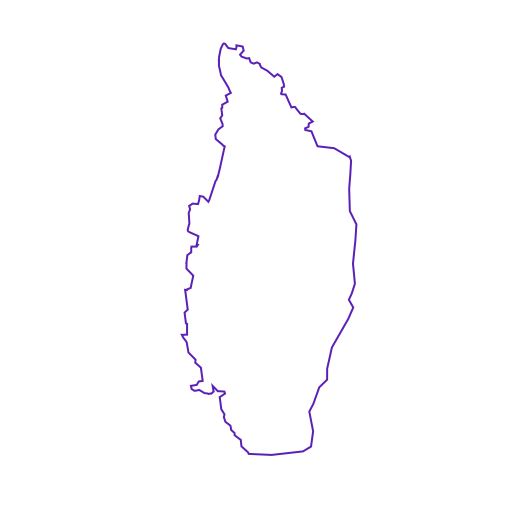 Gounwolaila, Gbapolu, Liberia, rotated 136°
{"feature_id": "62588387B55137864763124", "entity_name": "Gounwolaila", "entity_type": "district", "adm_level": 2, "iso_a3": "LBR", "parent_name": "Liberia", "parent_adm1": "Gbapolu", "projection": "equal_earth", "projection_center": [-9.957, 7.206], "detail": "fine", "context": "isolated", "style": "outline", "palette": "violet", "viewbox_px": 512, "rotation_deg": 136, "n_neighbors": 0, "source": "geoboundaries", "source_scale": "gbopen_adm2", "svg_char_len": 3307}
<svg xmlns="http://www.w3.org/2000/svg" viewBox="0 0 512 512"><g transform="rotate(136 256 256)"><path d="M228.9,148.5L221.8,151.4L219.6,160.0L213.0,162.6L204.2,167.3L199.6,173.0L191.6,183.1L189.0,185.3L177.0,195.4L174.0,197.9L168.5,202.9L161.8,209.0L157.3,223.1L142.6,239.3L141.3,240.5L131.7,249.0L121.5,258.4L119.6,262.2L120.1,262.1L124.9,279.3L126.1,280.7L135.5,292.2L135.2,293.0L129.5,307.2L133.0,312.4L132.0,313.7L128.5,312.4L126.0,314.6L121.8,313.3L121.8,314.0L122.0,316.9L122.5,324.9L123.8,325.5L125.1,327.2L125.2,328.2L124.8,332.6L124.4,336.1L125.3,337.0L126.0,337.5L127.3,338.2L127.0,339.1L125.8,342.5L122.5,351.6L124.4,353.6L125.1,354.4L125.3,355.3L123.0,356.5L122.7,356.6L120.8,358.9L120.6,359.1L118.1,358.3L117.3,359.4L116.5,360.5L113.3,367.1L114.2,371.9L115.9,372.0L117.3,372.2L118.3,372.3L118.7,376.4L119.2,381.5L121.2,387.9L120.6,390.3L119.8,391.5L120.0,392.0L120.1,392.6L120.5,393.6L120.8,394.6L124.0,395.9L125.1,398.5L125.3,399.0L123.5,403.1L125.4,404.4L126.2,406.0L127.6,408.9L127.9,409.5L127.6,411.9L122.2,412.3L120.1,415.9L121.7,418.3L123.8,421.1L124.7,420.0L125.4,419.5L126.9,418.7L130.8,423.9L131.2,424.6L131.5,425.1L130.8,430.2L131.7,431.3L132.6,431.3L137.2,429.7L144.2,424.9L144.6,424.5L147.0,422.4L146.9,422.2L150.5,418.6L152.6,415.1L155.6,410.3L156.7,405.4L158.9,396.1L159.5,394.9L160.1,393.1L160.8,390.8L162.9,391.4L166.3,392.4L167.4,390.2L169.2,386.7L175.2,388.3L177.3,386.1L178.5,386.2L182.5,380.7L185.4,380.0L186.1,379.9L187.7,375.8L187.8,375.6L188.3,374.3L189.8,372.5L195.1,373.2L201.0,371.6L201.5,370.9L203.7,368.1L203.1,362.3L202.8,359.6L202.9,358.0L202.5,357.3L202.4,356.5L203.0,356.2L222.1,343.5L223.3,342.8L228.1,339.7L228.2,340.0L231.5,338.2L232.9,338.1L240.5,334.1L251.0,328.6L252.6,328.1L252.7,334.0L252.7,335.3L254.8,338.2L256.8,336.7L257.8,335.9L261.6,333.6L265.2,337.7L266.1,337.9L266.4,337.9L269.3,338.5L270.8,335.6L270.9,335.4L274.5,333.7L281.4,325.6L284.2,324.0L286.8,322.4L287.6,321.4L287.7,320.3L287.8,320.3L287.7,320.3L284.8,313.2L284.2,311.7L283.7,310.2L290.9,305.3L290.1,304.4L292.1,303.9L295.9,307.6L297.0,306.8L300.0,303.7L304.8,304.3L309.6,300.4L311.0,299.3L310.9,299.1L314.8,295.3L314.8,285.4L321.4,281.0L325.2,278.4L325.6,278.6L328.9,279.9L329.4,279.5L330.5,280.9L334.3,275.7L341.0,266.7L341.8,265.6L342.3,264.9L346.7,264.9L352.9,256.6L353.2,256.1L352.7,255.1L358.4,249.2L360.2,247.3L362.0,248.9L363.5,250.2L364.1,250.8L365.0,248.0L365.5,243.4L365.7,242.3L366.0,241.8L371.6,233.5L371.6,230.4L371.5,223.4L373.8,221.5L373.7,220.3L373.2,214.0L374.5,212.2L380.6,203.9L381.2,203.2L384.3,205.5L386.6,204.9L388.0,204.4L388.3,204.5L391.4,206.7L393.0,207.8L394.7,205.0L393.9,201.8L392.5,200.7L389.9,199.1L389.7,198.3L388.2,192.9L386.5,191.0L385.8,189.5L384.7,189.1L383.7,188.0L381.1,188.0L380.6,187.9L379.6,189.5L377.4,192.7L377.4,191.7L377.4,185.3L374.9,182.7L372.9,180.4L373.9,178.5L375.2,178.8L380.2,179.7L380.4,179.3L387.4,169.9L388.0,167.0L388.7,164.0L390.6,162.7L391.1,162.4L391.9,160.6L392.0,160.4L393.2,157.9L392.6,154.3L392.3,151.7L393.0,150.5L394.7,148.2L394.4,143.5L395.9,141.9L394.7,134.3L398.7,129.2L398.1,120.4L398.5,119.3L398.7,118.7L383.0,102.1L357.9,82.8L348.8,80.7L336.7,90.2L325.7,107.1L317.7,109.7L301.7,117.6L290.8,117.6L283.0,125.6L275.2,130.7L264.9,137.5L233.2,146.7L228.9,148.5Z" fill="none" stroke="#5b21b6" stroke-width="2"/></g></svg>